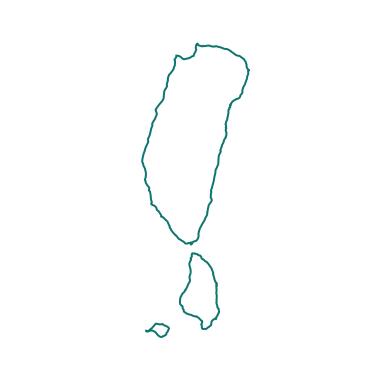 the district of Nguna, Shefa, Vanuatu, rotated 46°
{"feature_id": "77236927B53678457839449", "entity_name": "Nguna", "entity_type": "district", "adm_level": 2, "iso_a3": "VUT", "parent_name": "Vanuatu", "parent_adm1": "Shefa", "projection": "orthographic", "projection_center": [168.363, -17.466], "detail": "fine", "context": "isolated", "style": "outline", "palette": "teal", "viewbox_px": 384, "rotation_deg": 46, "n_neighbors": 0, "source": "geoboundaries", "source_scale": "gbopen_adm2", "svg_char_len": 5982}
<svg xmlns="http://www.w3.org/2000/svg" viewBox="0 0 384 384"><g transform="rotate(46 192 192)"><path d="M92.7,129.2L94.4,131.4L94.8,131.6L95.4,132.4L95.7,133.3L96.3,134.0L96.8,135.1L97.7,135.9L98.2,136.1L98.7,136.8L99.2,138.0L99.6,140.3L100.3,142.0L103.5,145.8L104.2,146.4L105.2,148.0L105.8,150.0L106.3,154.7L107.0,159.0L107.3,159.8L107.3,160.7L107.6,161.0L108.3,161.3L108.9,161.9L110.3,162.3L110.6,162.6L111.2,162.9L111.8,163.6L113.8,168.1L114.3,170.4L115.0,172.8L115.8,173.7L116.5,174.1L117.6,176.3L118.3,177.7L121.5,182.5L122.9,185.7L123.2,186.8L125.6,188.7L126.9,192.1L128.2,195.3L129.4,197.2L131.1,200.6L133.7,204.6L135.6,206.8L137.6,207.5L139.1,208.5L142.5,209.6L145.2,211.2L147.0,212.5L149.3,215.2L150.6,217.5L151.0,217.7L152.0,217.8L153.1,218.8L155.0,219.2L155.5,219.4L156.9,219.5L159.4,219.9L160.9,221.8L162.6,222.0L163.1,222.3L166.6,224.7L167.7,225.9L171.7,228.2L171.8,228.9L172.2,229.6L173.2,229.6L174.0,229.4L174.9,228.9L176.6,228.4L178.4,228.6L180.6,229.7L182.6,229.4L186.4,230.1L187.5,230.5L188.2,231.2L188.5,231.2L189.0,230.9L189.3,230.5L190.0,230.4L196.3,230.2L199.4,231.4L200.9,231.7L201.3,232.3L202.7,232.9L204.1,233.0L204.8,233.2L205.3,233.6L206.6,233.6L208.0,233.9L210.1,233.7L211.5,234.0L212.0,233.7L212.9,233.7L216.5,234.1L217.7,233.6L219.6,233.2L221.8,232.6L223.3,232.5L223.8,232.6L224.5,232.4L225.5,231.7L226.6,229.5L227.2,228.7L227.7,227.6L228.1,227.5L228.4,229.0L228.7,229.3L228.9,229.3L229.2,228.8L229.1,227.3L228.6,226.2L228.6,225.8L228.9,225.1L229.9,223.1L230.0,221.8L229.5,219.9L228.8,218.5L227.5,217.1L226.7,216.6L224.9,214.0L223.6,211.4L222.7,208.5L222.3,207.5L221.1,202.8L220.0,200.5L219.1,197.5L218.2,196.0L217.2,195.2L216.5,193.9L215.2,192.3L214.0,190.4L213.5,189.9L212.9,188.3L212.3,185.0L211.9,183.8L211.3,183.2L210.7,182.8L209.4,182.6L209.2,182.5L207.6,181.0L207.0,180.1L206.0,179.2L205.5,178.1L205.1,177.8L204.6,177.7L204.0,177.3L203.1,175.1L202.5,174.3L199.5,169.2L196.3,164.8L194.8,162.3L192.6,159.8L192.2,159.2L192.2,158.4L192.0,158.0L190.3,154.0L189.6,153.1L187.3,150.7L185.4,148.6L184.3,147.1L183.0,143.3L182.7,143.0L181.8,142.8L180.5,140.2L180.0,138.9L179.6,138.6L179.2,138.1L178.3,135.1L177.5,133.9L176.7,132.3L176.1,129.5L175.8,129.4L175.5,129.1L175.4,128.4L175.1,127.9L174.5,127.5L173.5,126.1L172.7,125.9L171.6,125.0L171.0,124.9L170.5,124.4L169.9,123.1L169.2,123.0L168.8,122.1L167.8,121.5L167.3,121.0L166.7,120.9L166.3,120.5L165.9,119.5L165.3,118.8L165.1,118.2L164.7,117.4L164.6,116.9L163.9,115.6L163.0,114.8L162.6,113.9L160.4,110.8L158.3,108.8L158.2,107.4L157.5,107.0L157.4,106.8L157.4,106.2L157.5,106.0L157.5,105.6L156.5,105.1L156.5,103.7L156.3,103.6L155.7,103.7L155.1,100.4L155.2,98.5L155.9,95.8L156.7,94.3L157.1,93.2L157.1,92.0L156.8,91.1L156.1,90.1L155.8,87.4L155.6,86.9L155.0,86.2L153.7,84.9L152.2,82.3L151.5,79.6L148.9,74.3L148.5,73.5L147.1,71.8L146.4,70.0L145.5,68.9L144.0,67.7L143.9,67.4L144.1,67.2L144.1,66.5L144.0,66.3L143.2,66.3L142.8,66.6L140.9,66.2L139.4,65.4L138.4,64.4L135.9,63.1L132.5,62.4L127.6,63.2L126.5,63.7L125.7,64.4L124.7,65.0L123.9,65.3L119.9,65.9L118.5,66.3L117.4,66.3L114.7,67.0L113.6,67.5L111.6,69.2L107.1,71.3L105.6,72.4L104.7,72.8L103.6,73.7L103.4,74.3L103.0,74.6L102.2,75.8L101.2,76.4L100.2,77.2L98.9,77.7L97.1,79.6L96.0,81.4L95.2,82.1L94.6,82.4L94.7,83.0L93.8,83.8L90.6,85.6L90.4,85.6L90.0,85.1L89.0,85.2L88.9,85.5L89.3,87.0L90.1,88.2L91.3,89.5L92.2,89.8L92.7,90.4L93.0,91.3L93.6,92.1L94.0,94.0L94.8,95.6L95.2,96.2L95.2,96.6L94.5,97.5L94.1,99.9L93.3,101.9L92.7,102.5L91.9,104.2L91.0,105.5L89.8,106.1L87.1,106.3L85.0,106.9L83.0,108.5L83.2,108.9L83.8,109.3L84.0,109.6L84.6,112.6L84.8,112.8L85.8,113.0L86.2,113.5L86.8,113.9L89.2,116.7L89.8,118.6L90.7,119.6L91.2,121.5L91.3,123.0L91.6,124.0L91.8,127.3L92.3,128.0L92.7,129.2ZM264.2,278.3L266.2,278.5L267.1,278.2L267.8,278.3L268.8,279.3L269.8,279.7L271.0,279.8L271.5,280.4L272.2,280.8L273.3,280.9L274.0,280.5L275.4,280.4L277.9,279.2L279.7,278.0L282.3,277.1L284.0,275.9L284.6,275.1L285.6,275.2L286.3,274.8L287.8,274.6L290.9,274.7L291.3,274.4L291.5,274.3L292.2,274.5L292.8,275.4L293.3,276.0L293.7,277.4L295.2,277.9L296.2,279.0L296.9,279.4L297.8,279.5L298.3,279.2L299.1,278.0L300.1,277.5L300.4,276.7L300.6,274.0L300.9,272.9L301.0,271.2L300.9,270.7L300.3,269.8L299.1,268.4L298.7,267.4L298.6,265.3L298.8,264.7L298.9,263.6L299.1,263.2L300.0,263.0L300.0,262.9L299.1,261.6L298.9,261.5L298.9,260.7L298.2,258.6L297.9,258.4L297.4,256.3L297.1,255.8L295.2,254.5L294.6,254.0L292.7,253.9L291.2,252.7L289.6,252.0L288.5,251.3L288.4,250.9L286.4,249.1L285.2,247.6L283.0,245.6L281.5,244.7L279.9,242.7L276.9,240.2L276.8,239.5L276.3,239.5L276.2,239.3L276.1,238.7L275.0,238.5L274.9,237.6L274.6,237.5L272.8,237.6L272.3,237.2L270.3,236.5L269.6,235.9L267.9,235.1L266.7,234.3L265.8,234.0L265.3,233.1L264.4,232.8L262.8,232.0L262.0,231.8L260.9,231.1L254.7,230.1L252.5,230.1L250.9,230.6L248.9,230.6L247.4,231.1L246.3,231.2L245.1,230.4L244.1,230.3L243.1,230.4L242.0,231.3L241.7,231.4L241.1,231.2L240.2,231.5L239.7,232.0L238.9,232.3L237.8,232.9L237.6,233.5L236.4,234.3L236.4,234.7L236.7,235.1L237.0,235.9L238.1,236.7L238.4,237.5L238.7,238.0L238.7,239.0L238.9,239.2L239.5,239.3L240.2,240.0L240.6,241.8L241.1,242.6L241.7,243.8L243.0,244.8L243.8,245.2L246.9,247.0L248.1,248.0L249.7,249.8L251.0,252.4L252.3,253.6L252.8,253.9L254.1,254.8L254.9,255.8L255.6,258.6L257.2,262.1L257.8,264.8L258.0,264.8L258.0,265.2L258.5,267.1L258.5,269.4L258.8,270.7L259.3,271.8L259.4,272.3L259.9,273.7L260.7,274.9L262.0,276.2L262.3,276.7L262.8,277.0L264.2,278.3ZM259.9,321.3L260.0,321.6L260.5,321.6L261.3,321.3L262.7,318.6L262.9,317.8L264.1,316.8L267.1,315.7L268.7,315.7L271.0,316.0L272.9,315.8L274.3,315.3L275.0,314.8L275.5,314.0L275.5,313.1L275.9,312.8L276.1,312.3L276.2,311.2L276.5,310.7L276.6,309.8L276.4,309.1L275.7,308.5L275.6,307.4L275.4,306.3L274.2,303.3L273.6,303.1L272.0,303.2L268.0,304.8L266.5,304.9L265.7,306.2L265.2,306.8L264.0,307.8L262.2,308.9L261.7,309.4L261.6,310.2L262.1,315.2L261.8,317.1L261.9,317.8L261.7,319.5L261.2,320.6L259.9,321.3Z" fill="none" stroke="#0f766e" stroke-width="2"/></g></svg>